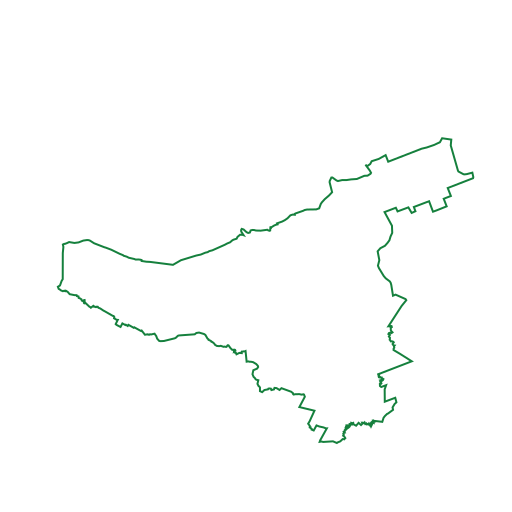 outline of Viile Satu Mare, Satu Mare, Romania, rotated 105°
{"feature_id": "2599482B28492278247457", "entity_name": "Viile Satu Mare", "entity_type": "district", "adm_level": 2, "iso_a3": "ROU", "parent_name": "Romania", "parent_adm1": "Satu Mare", "projection": "albers", "projection_center": [22.996, 47.653], "detail": "fine", "context": "isolated", "style": "outline", "palette": "green", "viewbox_px": 512, "rotation_deg": 105, "n_neighbors": 0, "source": "geoboundaries", "source_scale": "gbopen_adm2", "svg_char_len": 6119}
<svg xmlns="http://www.w3.org/2000/svg" viewBox="0 0 512 512"><g transform="rotate(105 256 256)"><path d="M383.5,91.1L379.2,90.9L377.1,90.0L374.6,88.5L374.1,87.8L369.1,83.8L366.9,84.9L363.0,83.8L361.0,82.5L356.9,84.8L363.4,93.9L351.5,97.2L347.1,96.9L350.1,101.1L349.5,102.6L347.3,103.3L346.6,102.9L346.8,102.0L346.5,101.9L345.2,103.3L344.6,102.6L343.9,103.8L343.3,102.9L343.0,101.3L341.9,101.1L341.3,103.1L340.9,103.2L341.3,104.6L340.7,104.9L340.5,105.6L341.0,106.1L340.5,106.4L339.0,106.3L339.1,107.1L338.6,107.4L317.4,78.3L313.2,91.7L311.2,98.8L309.8,99.1L308.8,98.7L307.5,99.4L306.6,99.0L306.7,100.0L306.0,101.1L305.5,101.3L303.7,100.6L303.3,101.2L303.2,102.4L303.6,103.7L302.7,104.5L302.3,105.2L300.4,105.4L299.4,106.8L297.6,106.2L297.1,107.9L296.1,107.7L295.5,106.8L295.3,105.1L294.4,104.4L293.3,106.2L292.2,106.8L291.1,107.0L290.3,107.5L289.8,107.2L289.5,106.5L288.7,106.8L288.6,107.3L289.6,109.9L266.5,102.4L259.8,99.4L258.9,100.4L257.2,111.2L258.9,113.4L249.0,117.8L247.0,119.0L245.9,120.2L244.0,124.9L242.3,127.4L235.9,134.1L233.8,135.7L228.1,135.8L220.0,139.7L216.3,137.9L212.8,134.1L209.4,132.4L206.3,131.2L202.4,131.1L198.4,130.4L191.6,132.5L180.3,143.2L173.2,133.4L176.3,130.8L169.6,121.4L174.1,116.8L171.5,113.6L167.8,116.2L158.3,103.0L167.4,96.5L165.3,93.5L158.7,84.7L152.1,89.5L147.6,83.3L140.7,88.4L124.7,66.5L123.6,66.5L119.5,68.6L122.3,73.5L123.2,75.7L123.3,76.8L122.0,82.3L121.3,83.0L98.8,96.5L93.0,97.5L94.1,106.7L98.5,107.8L102.7,112.8L107.0,119.2L109.5,123.8L130.7,152.7L125.0,156.9L130.5,162.6L134.5,168.8L137.6,169.5L140.5,171.9L139.5,173.9L144.1,168.1L145.9,166.4L147.0,166.7L149.5,169.0L150.5,172.1L155.5,178.5L157.4,184.0L159.3,188.4L160.4,192.5L162.4,196.3L162.2,197.8L160.4,202.5L160.7,203.5L164.5,204.2L165.7,204.0L174.7,199.0L178.6,201.1L183.3,204.3L187.2,206.3L189.0,206.9L193.6,207.3L195.4,209.9L197.9,218.7L199.0,220.9L200.1,222.1L204.7,228.9L205.3,229.5L206.1,229.2L206.5,231.3L207.8,233.3L211.4,235.3L213.9,237.4L216.0,239.7L219.0,244.1L219.9,243.4L220.7,244.9L221.9,246.4L224.2,248.5L224.4,249.3L225.1,249.0L225.2,249.4L227.7,248.9L228.1,249.3L228.1,250.8L227.7,251.8L230.3,258.0L231.4,262.6L231.4,264.6L231.8,266.3L232.7,267.8L234.9,268.0L235.7,269.4L235.7,270.3L235.1,272.0L233.6,274.8L233.5,276.8L234.8,277.1L236.2,276.6L239.1,273.4L239.0,274.5L239.6,276.9L242.3,278.8L244.3,279.2L246.1,282.0L247.1,283.0L249.5,284.6L251.3,287.0L253.2,289.0L261.8,299.6L263.4,302.4L264.8,303.7L265.9,305.8L268.9,309.7L271.0,313.8L279.5,327.4L286.0,333.9L289.1,356.7L289.9,360.5L290.4,365.2L289.5,365.5L289.5,366.7L289.8,368.7L290.6,371.4L290.4,372.7L290.6,378.5L290.1,380.7L290.0,384.0L289.6,384.7L289.2,388.1L287.4,397.4L286.8,403.4L286.8,404.7L285.6,415.7L284.1,420.4L284.0,421.7L284.3,423.3L285.8,426.8L288.8,430.9L290.4,434.8L290.9,440.1L292.6,442.1L293.8,443.8L293.9,444.4L294.9,445.5L297.1,444.4L303.1,443.4L328.4,436.7L330.4,437.3L335.2,437.7L337.0,439.4L338.8,438.1L339.2,436.6L339.7,435.6L340.0,433.4L339.2,432.3L339.4,431.7L339.2,431.3L338.8,431.1L338.8,430.6L339.2,430.4L339.0,429.9L339.4,428.6L341.1,426.1L340.8,421.4L340.3,419.1L341.1,418.6L341.0,417.0L342.4,416.4L342.5,415.0L343.1,413.3L344.1,412.8L344.3,412.3L344.3,411.6L343.1,410.7L342.9,410.2L344.0,409.8L345.7,410.2L346.1,409.8L346.1,409.3L345.3,408.9L348.1,403.8L348.3,402.7L348.7,402.1L346.2,400.2L346.4,399.7L346.9,399.4L346.7,398.5L346.9,397.9L346.4,397.1L346.5,396.7L346.1,396.4L346.0,395.7L346.8,394.8L347.0,392.8L348.3,389.0L348.3,388.7L350.9,378.8L350.8,378.0L351.7,377.0L352.9,377.0L353.7,374.1L353.5,373.0L358.1,373.9L358.6,373.0L359.1,370.9L359.6,368.5L355.7,367.6L356.5,364.4L356.5,364.1L356.1,363.9L356.8,361.8L355.5,361.4L357.0,355.5L356.4,355.1L358.2,347.7L358.2,347.2L357.7,347.0L360.8,342.9L359.7,340.5L359.9,339.8L359.6,339.3L359.7,338.8L359.0,338.1L359.0,337.1L357.3,333.9L359.2,331.6L361.4,330.1L363.1,327.5L363.0,326.3L361.9,322.9L356.6,313.3L355.9,312.4L353.3,310.8L352.7,309.9L347.5,294.9L345.8,293.7L344.7,291.2L344.8,286.1L345.3,284.5L348.3,281.5L348.8,280.3L349.3,280.1L349.6,278.1L350.0,277.0L350.4,276.8L350.4,275.8L351.4,273.7L352.4,272.6L353.0,270.5L352.6,268.2L351.9,266.8L352.1,263.8L351.6,262.8L351.6,261.8L351.4,261.0L349.6,260.3L349.4,259.5L351.6,256.8L352.8,254.7L352.2,252.9L353.3,252.7L352.2,252.2L352.2,251.8L352.6,251.5L353.6,252.2L354.5,252.0L354.9,251.1L354.6,250.5L356.0,249.4L353.9,247.0L353.5,244.7L352.4,245.2L352.1,245.8L352.1,244.9L351.2,242.9L351.1,242.2L350.5,241.5L360.5,237.7L359.8,236.2L359.8,234.9L359.4,233.2L359.3,231.3L360.3,227.8L361.6,225.8L362.6,225.2L364.5,225.8L367.0,229.0L371.1,228.8L373.4,227.0L374.1,225.6L375.1,224.5L375.4,223.8L375.4,221.6L379.1,221.5L381.0,219.8L381.2,219.0L382.1,218.1L385.5,217.2L385.9,214.8L383.3,213.2L381.7,209.9L380.9,209.7L380.5,208.8L380.3,207.3L381.5,206.4L380.2,204.1L378.6,204.0L378.3,202.0L379.3,198.6L377.1,197.2L378.0,186.9L379.0,184.7L379.9,184.3L380.1,183.8L379.3,182.2L378.2,178.3L378.1,176.0L377.3,174.4L377.4,173.8L379.3,172.4L390.7,175.0L390.3,159.5L401.6,161.4L404.5,162.2L406.1,160.1L407.5,159.8L407.4,159.1L407.9,159.1L408.7,157.3L409.3,157.3L409.6,155.1L404.0,153.7L404.3,150.7L404.1,146.5L404.4,143.6L404.2,143.0L417.4,146.3L419.0,146.4L418.3,144.9L418.2,142.9L415.1,133.7L415.7,129.5L415.1,129.1L413.2,126.6L410.4,124.9L410.1,123.6L410.2,123.4L408.8,122.6L407.3,124.3L407.0,125.3L405.9,125.0L405.1,125.7L404.3,125.5L403.7,124.6L402.9,125.7L402.2,124.9L401.1,125.2L400.8,124.9L400.6,124.2L399.5,123.6L399.6,124.7L398.9,125.0L398.3,124.2L397.4,124.9L396.8,124.5L396.2,124.8L395.9,124.1L396.2,122.7L397.8,123.1L398.2,122.9L398.1,122.4L396.9,121.6L395.2,121.1L394.7,122.2L394.1,122.2L393.6,121.3L393.8,120.2L392.5,120.7L392.5,119.4L392.1,118.9L393.3,118.4L394.0,115.4L390.8,113.8L391.0,113.6L390.8,113.3L392.1,110.8L390.2,109.7L389.5,110.3L389.3,109.5L389.6,108.4L388.7,108.0L390.0,106.9L389.2,106.1L389.9,105.5L389.5,105.0L390.0,104.3L390.5,104.3L388.6,103.6L389.8,102.3L388.5,102.1L388.4,101.7L390.3,101.3L390.9,100.8L387.8,100.2L387.4,101.1L387.0,101.5L386.4,100.7L386.7,99.2L385.6,99.6L385.5,100.7L384.5,100.2L385.2,98.3L385.0,98.0L384.6,98.8L383.5,91.1Z" fill="none" stroke="#15803d" stroke-width="2"/></g></svg>